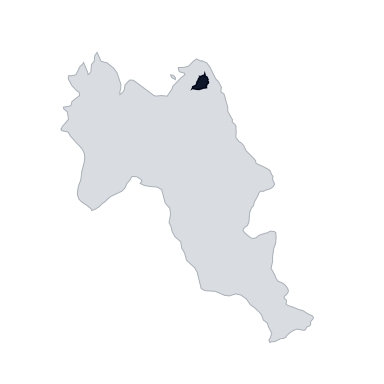 location of Chonma, P'yŏngan-bukto, North Korea, rotated 102°
{"feature_id": "82179303B45554830914621", "entity_name": "Chonma", "entity_type": "district", "adm_level": 2, "iso_a3": "PRK", "parent_name": "North Korea", "parent_adm1": "P'yŏngan-bukto", "projection": "equal_earth", "projection_center": [124.872, 40.075], "detail": "fine", "context": "in_parent", "style": "filled", "palette": "ink", "viewbox_px": 384, "rotation_deg": 102, "n_neighbors": 0, "source": "geoboundaries", "source_scale": "gbopen_adm2", "svg_char_len": 4040}
<svg xmlns="http://www.w3.org/2000/svg" viewBox="0 0 384 384"><g transform="rotate(102 192 192)"><path d="M231.0,286.3L229.5,287.2L227.0,291.9L224.7,297.8L222.5,301.1L219.9,302.8L217.0,303.9L211.4,304.3L206.3,303.9L204.6,303.3L197.6,303.7L195.6,304.1L185.5,303.6L180.2,304.1L176.9,305.3L173.5,307.7L170.6,311.3L168.0,315.2L162.8,322.3L159.1,325.8L159.1,330.8L159.0,332.3L157.7,333.4L157.3,332.9L155.1,332.5L146.5,327.9L139.4,330.7L137.7,334.4L135.8,335.5L132.9,328.4L128.3,328.2L121.0,322.0L117.8,323.2L117.0,325.7L113.0,331.5L107.4,336.3L105.6,336.9L103.5,336.6L103.8,335.2L101.5,329.9L92.7,327.7L89.5,325.5L87.9,325.0L96.5,319.0L98.8,318.0L97.1,316.6L95.2,315.9L88.1,316.8L84.4,314.8L79.0,315.5L75.2,313.9L83.0,308.1L83.3,304.6L83.3,302.0L87.2,294.3L91.2,290.0L101.4,284.0L105.9,283.2L109.1,283.4L111.7,282.8L108.9,280.5L106.2,279.5L100.9,279.7L95.4,276.2L94.9,272.5L105.5,249.4L105.7,247.3L104.0,241.7L103.4,236.2L95.8,233.1L92.5,232.7L82.7,226.5L78.8,223.4L77.3,224.3L77.0,229.3L75.6,230.4L73.1,231.3L71.8,225.7L69.7,221.6L63.3,217.5L60.9,215.2L62.1,210.3L61.5,209.9L62.6,204.4L66.5,200.1L76.2,192.5L78.7,189.0L83.6,184.8L85.8,184.9L88.1,184.5L88.8,182.7L89.3,181.3L91.3,180.0L96.0,177.7L101.4,174.7L105.6,173.8L110.9,169.3L113.0,167.3L115.1,167.3L115.7,166.4L116.9,164.1L118.6,162.5L120.9,162.2L124.7,161.1L129.5,160.5L132.7,156.7L133.8,154.0L135.9,151.0L140.4,147.7L143.5,142.9L146.9,137.7L148.5,136.1L150.2,135.7L151.1,133.8L152.2,128.3L153.7,122.9L154.6,120.4L158.6,117.6L159.6,116.3L160.5,115.8L162.3,116.2L164.8,114.5L167.1,112.8L169.2,113.4L171.4,114.9L173.7,117.8L174.7,120.2L176.5,122.2L176.9,125.0L178.7,126.3L182.5,126.9L188.7,128.9L192.7,129.0L195.0,130.5L199.8,131.3L209.4,130.1L213.3,130.8L215.0,132.6L217.5,134.0L219.1,134.1L221.1,131.7L223.3,127.7L224.8,124.6L224.7,122.2L223.3,119.6L220.1,117.1L218.0,113.4L216.0,109.5L214.8,108.3L213.8,106.4L213.6,103.5L214.2,101.6L219.0,100.3L225.0,99.5L230.0,100.3L238.3,99.8L243.3,98.7L247.0,98.8L250.5,98.8L252.0,97.2L256.7,93.2L259.1,91.8L261.5,89.1L261.9,86.3L262.4,84.0L263.7,81.6L266.2,78.6L268.3,77.2L270.7,77.3L273.3,78.7L274.9,80.1L276.7,79.7L278.1,77.3L279.1,76.9L282.0,76.7L282.9,75.2L283.8,68.3L284.8,62.8L284.9,59.0L287.3,52.7L288.0,48.9L289.5,47.1L291.3,47.3L292.8,48.4L294.6,49.0L297.1,48.4L298.9,49.4L300.0,51.4L303.7,52.8L304.1,53.9L304.2,60.7L306.3,63.9L309.1,66.8L312.8,69.5L314.8,70.1L316.1,72.0L317.3,75.3L320.0,78.4L321.5,80.8L321.8,83.2L323.1,84.5L321.0,86.0L318.2,85.1L313.6,84.6L307.8,89.3L304.6,91.0L302.4,95.6L297.9,98.4L295.4,101.4L292.3,106.5L290.2,111.4L285.4,116.5L282.6,122.9L282.6,128.3L285.9,133.9L286.3,138.7L284.3,148.5L285.8,159.0L284.5,163.0L269.4,170.2L265.4,173.8L260.0,183.1L253.2,186.6L249.0,190.4L243.1,192.6L239.4,199.2L235.3,202.9L230.4,205.2L226.7,208.1L218.4,208.3L212.6,210.3L208.5,215.8L196.1,222.1L194.4,226.9L195.3,234.2L195.5,239.8L194.4,244.5L191.7,243.2L190.2,244.7L188.6,249.0L189.2,253.9L193.5,255.4L197.1,257.4L202.0,258.4L205.7,260.7L213.7,271.1L220.2,275.6L221.9,277.3L225.6,279.6L229.0,283.1L231.0,286.3ZM84.3,235.7L81.9,237.3L81.8,234.4L83.6,232.0L85.5,231.7L84.3,235.7Z" fill="#d9dde1" stroke="#a8b0b8" stroke-width="1"/><path d="M78.6,199.7L78.0,200.2L77.3,200.7L76.6,201.1L76.2,202.2L76.0,202.6L76.0,203.2L75.0,203.5L74.4,203.7L73.7,204.1L73.9,204.1L74.5,204.2L75.2,204.0L75.7,204.2L75.8,204.6L75.7,205.2L75.7,205.5L76.1,206.0L76.5,206.5L77.0,207.2L77.3,207.7L77.4,208.2L77.4,208.5L78.2,208.0L78.9,208.3L79.4,209.1L80.5,209.2L81.4,209.3L82.0,209.3L82.8,209.9L83.9,210.0L84.9,210.0L85.6,210.1L86.5,210.2L87.2,210.8L87.7,211.6L88.1,212.1L88.4,212.4L88.8,213.1L90.0,213.1L90.8,213.3L90.7,213.2L90.6,212.7L90.6,212.0L90.6,210.8L90.6,209.7L90.5,208.8L90.5,207.8L90.3,207.6L90.2,206.5L90.2,206.3L89.9,206.2L89.6,205.6L89.4,204.6L89.0,204.1L88.4,203.3L88.1,202.8L87.8,202.1L87.7,201.9L87.7,201.2L87.3,200.5L86.9,199.5L85.9,200.1L85.1,199.8L84.3,199.9L83.7,199.8L82.8,199.2L82.1,198.7L81.4,198.7L80.9,198.8L80.6,199.1L80.2,199.8L79.6,199.8L79.1,199.9L78.6,199.7Z" fill="#0f172a" stroke="#020617" stroke-width="1.5"/></g></svg>